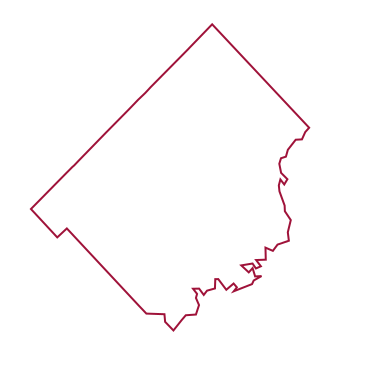 Washington, Alabama, United States of America, rotated 47°
{"feature_id": "52423323B12485828442436", "entity_name": "Washington", "entity_type": "district", "adm_level": 2, "iso_a3": "USA", "parent_name": "United States of America", "parent_adm1": "Alabama", "projection": "albers", "projection_center": [-88.098, 31.407], "detail": "fine", "context": "isolated", "style": "outline", "palette": "rose", "viewbox_px": 384, "rotation_deg": 47, "n_neighbors": 0, "source": "geoboundaries", "source_scale": "gbopen_adm2", "svg_char_len": 1039}
<svg xmlns="http://www.w3.org/2000/svg" viewBox="0 0 384 384"><g transform="rotate(47 192 192)"><path d="M88.4,179.0L88.7,185.4L88.7,185.6L89.9,214.4L91.8,253.5L92.2,260.1L92.1,262.7L92.4,269.6L92.4,270.1L94.6,321.4L133.3,321.5L133.3,308.4L239.2,308.4L249.8,308.3L262.6,295.5L268.6,300.2L280.6,300.0L278.6,286.7L277.9,280.6L284.3,272.7L279.5,264.0L272.2,261.4L270.0,257.8L263.5,257.2L267.5,252.7L275.3,253.6L274.4,248.3L278.2,241.0L271.6,234.4L273.6,232.2L286.9,233.6L287.3,224.0L292.3,224.2L293.1,229.1L300.3,210.9L298.8,207.2L300.9,198.5L296.8,203.4L289.0,199.6L289.5,205.3L279.3,206.0L285.6,196.5L291.5,197.4L293.3,192.3L285.5,191.5L291.8,184.2L282.8,176.2L290.2,173.0L288.8,165.3L293.7,154.4L286.8,149.4L279.9,138.9L269.4,137.2L265.1,133.5L251.2,127.6L246.4,124.0L243.1,118.8L249.4,119.4L247.7,113.5L238.8,113.8L230.9,108.9L228.0,103.9L230.2,99.2L226.5,93.1L224.5,80.5L228.5,75.7L225.4,68.3L224.9,62.5L83.1,62.9L84.8,95.6L84.9,96.7L87.1,150.5L87.7,158.7L87.8,168.5L88.4,179.0Z" fill="none" stroke="#9f1239" stroke-width="2"/></g></svg>